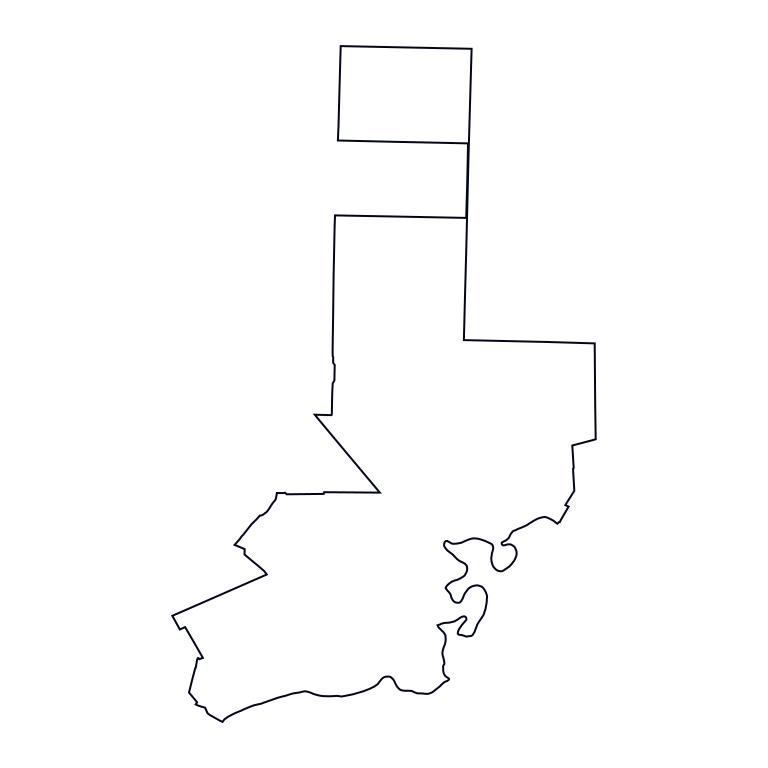 outline of Bucu, Ialomita, Romania
{"feature_id": "2599482B24395794596837", "entity_name": "Bucu", "entity_type": "district", "adm_level": 2, "iso_a3": "ROU", "parent_name": "Romania", "parent_adm1": "Ialomita", "projection": "robinson", "projection_center": [27.493, 44.63], "detail": "fine", "context": "isolated", "style": "outline", "palette": "ink", "viewbox_px": 768, "rotation_deg": 0, "n_neighbors": 0, "source": "geoboundaries", "source_scale": "gbopen_adm2", "svg_char_len": 6123}
<svg xmlns="http://www.w3.org/2000/svg" viewBox="0 0 768 768"><path d="M195.2,668.2L192.1,680.1L189.0,692.5L197.1,702.3L195.7,704.4L198.2,705.6L201.2,706.6L205.1,707.7L207.6,713.3L209.7,714.9L211.6,716.0L220.0,720.7L222.5,721.9L223.8,720.2L224.2,719.7L224.9,719.0L228.0,716.8L230.1,715.7L232.3,714.5L235.6,712.9L240.8,710.8L244.3,709.2L248.5,707.4L251.4,706.2L254.7,705.1L261.5,703.6L263.7,702.7L277.6,697.8L282.4,696.5L286.2,695.6L289.0,694.6L293.2,693.4L299.9,692.4L302.3,691.7L304.6,691.3L306.7,691.5L309.9,692.4L313.9,694.1L318.6,695.4L321.9,696.0L326.0,696.2L329.4,696.3L337.2,695.9L340.9,696.4L341.8,696.5L353.1,694.3L363.5,691.2L369.3,689.0L374.4,686.5L377.7,684.1L381.2,679.6L382.7,678.0L384.3,677.1L385.9,676.7L388.5,676.6L389.3,676.6L390.3,676.9L391.2,677.5L392.3,678.5L393.3,679.5L394.3,681.1L395.3,683.4L396.4,685.5L397.1,686.6L398.6,688.4L400.0,689.6L401.3,690.2L403.2,690.6L405.5,690.8L407.9,690.7L412.0,691.0L413.5,691.9L415.2,692.6L417.1,693.3L418.7,693.4L420.4,693.4L422.9,693.5L425.5,693.8L427.7,693.9L430.0,693.3L432.3,692.3L435.4,689.9L439.8,686.4L442.5,683.7L444.3,682.2L445.4,681.6L447.1,681.0L448.1,680.3L448.9,679.6L449.1,678.9L449.0,678.7L448.4,678.1L447.4,677.6L445.2,675.9L444.0,673.9L443.4,672.0L443.2,670.6L443.2,669.7L443.2,668.1L443.1,667.0L443.1,666.2L443.5,665.4L444.2,664.3L444.4,663.4L444.2,661.7L444.0,660.7L443.8,659.6L443.4,657.7L442.8,655.8L442.4,653.7L442.5,651.9L443.2,648.9L443.8,647.0L444.5,645.5L445.1,643.7L445.6,641.0L445.6,639.5L445.7,638.4L445.5,637.2L445.5,635.9L445.2,635.0L444.7,634.0L444.2,633.2L443.5,632.2L442.3,631.1L441.3,630.1L438.6,627.5L438.0,626.3L437.5,625.3L440.1,624.4L441.2,623.8L443.3,623.2L445.0,622.9L446.9,622.8L449.2,622.6L451.0,622.3L452.8,621.8L454.1,621.5L455.1,621.0L456.2,620.4L457.1,619.9L458.4,619.0L459.3,618.3L460.1,617.8L460.9,617.3L461.9,616.8L463.1,616.5L464.1,616.3L464.9,616.5L465.6,617.2L466.1,617.5L466.3,618.3L466.4,619.1L466.3,619.8L465.7,620.6L463.8,622.7L462.8,623.9L461.8,625.1L461.0,626.3L460.1,627.6L459.3,628.8L458.3,630.7L457.9,632.3L457.8,633.7L458.5,634.5L459.6,634.8L461.5,635.0L463.2,635.5L464.6,636.0L466.3,636.6L469.0,636.2L471.3,635.9L472.7,635.0L473.4,633.7L474.4,632.2L475.3,629.7L476.0,628.0L476.6,626.5L477.3,624.5L478.4,622.7L479.3,621.2L481.0,618.8L482.7,616.2L484.0,614.0L484.4,612.3L485.5,609.0L486.1,605.5L486.5,603.6L486.8,601.0L486.8,599.2L487.1,596.6L486.8,595.2L486.5,594.1L485.8,592.2L485.0,590.7L484.7,590.1L483.8,588.8L483.2,588.0L482.1,587.0L480.8,586.3L479.3,585.8L477.8,585.4L476.4,585.4L474.9,585.6L473.5,585.9L472.3,586.3L471.0,586.9L469.7,587.7L468.2,588.9L467.2,590.2L466.1,591.7L465.0,593.2L464.2,594.7L462.6,598.7L461.4,600.8L460.4,602.0L459.6,602.6L457.9,602.8L456.2,602.6L454.7,602.0L453.5,601.1L452.4,599.6L451.5,597.9L451.1,596.5L450.6,594.5L449.3,592.6L447.9,591.1L446.8,589.7L445.6,587.9L446.5,586.3L447.6,585.0L448.2,584.4L449.2,583.5L450.4,582.7L451.5,581.8L453.9,580.8L455.3,580.4L457.3,579.8L458.8,579.1L460.3,578.4L462.1,577.3L463.1,576.7L464.4,575.7L465.3,574.4L466.2,572.8L466.8,571.5L467.1,570.0L467.2,568.5L467.0,567.1L466.7,565.8L465.9,564.9L464.8,563.6L462.6,562.4L460.7,561.6L458.0,559.9L456.2,558.2L454.4,556.3L452.7,554.5L448.3,551.2L447.0,550.1L446.1,549.0L444.8,547.2L444.0,545.5L444.2,543.9L444.6,542.2L446.0,541.0L447.3,541.0L448.7,541.8L450.5,542.8L452.1,543.7L454.0,543.8L455.6,543.7L457.7,543.5L459.5,543.1L461.5,542.7L462.7,542.1L466.3,540.5L468.2,539.7L469.8,539.2L471.2,538.7L473.6,538.4L475.0,538.4L476.4,538.5L477.9,538.7L479.5,539.1L481.2,539.6L482.9,540.2L485.0,540.9L487.5,542.1L490.2,543.3L491.3,543.9L492.2,544.6L492.9,546.2L493.2,547.6L493.1,549.0L492.7,550.8L491.9,553.3L491.7,555.6L491.3,557.4L491.3,558.9L491.5,561.4L492.2,563.8L493.0,566.2L494.2,567.7L495.2,568.8L496.5,570.0L498.2,570.8L499.9,571.2L501.3,571.3L502.2,571.1L502.9,570.8L503.9,570.3L504.8,569.6L505.6,569.0L506.9,568.2L508.1,567.3L509.4,566.5L510.4,565.3L512.1,563.5L513.1,562.0L514.1,560.8L514.6,559.8L515.4,558.2L515.9,557.0L516.4,555.4L516.6,554.1L516.6,552.7L516.5,551.6L516.3,550.6L515.8,549.6L515.3,548.4L514.7,547.2L513.6,546.1L512.5,545.4L511.0,544.5L509.4,544.3L508.3,544.3L507.2,544.5L506.0,544.9L505.0,545.2L503.6,545.4L502.5,545.1L501.9,544.3L501.7,542.9L502.0,542.4L502.8,542.0L504.0,541.3L506.0,540.4L507.8,538.9L509.0,537.6L509.6,536.4L510.3,534.8L511.4,533.1L512.5,531.7L513.1,531.1L514.0,530.7L515.4,530.3L517.8,529.0L520.4,528.0L522.4,527.2L525.4,525.9L527.6,524.7L529.5,523.3L532.0,521.9L533.3,521.0L534.7,520.2L535.9,519.6L537.0,519.0L538.5,518.4L540.0,517.9L541.5,517.5L542.9,517.2L544.9,517.0L546.4,517.3L547.9,517.9L549.5,518.6L551.1,519.4L552.7,520.3L554.3,521.3L555.9,522.7L557.4,523.7L558.9,522.2L559.8,522.1L561.0,519.7L568.6,506.6L565.4,505.1L566.2,503.7L574.2,491.0L574.3,490.3L573.2,471.9L573.1,468.7L573.7,468.0L572.3,445.5L594.3,439.7L595.7,439.2L595.2,405.4L594.7,343.4L548.0,342.0L463.9,340.1L463.9,339.4L464.9,299.8L466.3,248.4L468.5,156.9L471.6,48.8L428.3,47.9L340.7,46.1L339.4,92.3L338.5,126.3L337.9,140.5L398.2,141.9L422.7,142.4L455.4,143.1L468.0,143.4L467.8,156.4L467.1,187.4L466.2,217.9L335.5,215.4L335.0,215.4L334.6,227.6L333.6,276.1L333.2,310.7L332.6,350.9L332.7,356.2L333.1,356.8L333.2,357.3L333.1,362.3L333.5,363.3L334.7,365.0L334.4,380.3L334.3,380.6L333.0,382.8L332.7,383.6L332.3,391.4L332.1,399.2L331.9,410.2L331.8,414.4L331.7,414.8L331.5,415.1L330.0,415.1L314.8,414.7L318.3,419.0L328.0,430.7L341.2,446.5L379.8,492.6L377.1,492.6L324.2,492.2L323.8,492.9L323.7,493.9L305.1,494.1L286.7,494.3L286.2,493.8L285.0,492.8L282.9,493.1L276.9,493.0L276.8,493.6L276.5,495.6L275.9,498.5L275.2,500.1L272.5,503.4L271.0,505.6L268.8,509.2L267.1,511.4L266.2,512.4L265.4,512.9L263.4,514.4L262.8,514.8L261.8,515.3L261.2,515.5L260.6,515.6L260.1,515.5L259.8,515.6L259.5,516.0L259.1,516.5L256.6,519.3L251.6,524.1L243.3,534.7L242.1,535.8L239.4,539.5L234.6,544.9L244.7,549.1L244.5,553.9L244.5,554.2L244.6,554.6L253.6,562.1L258.2,565.9L264.1,571.0L266.8,574.5L192.3,607.1L172.3,615.8L179.9,629.5L185.1,627.1L194.9,643.9L202.9,657.9L199.3,659.2L198.6,658.2L198.0,658.0L197.5,658.6L197.0,660.4L195.7,667.9L195.2,668.2Z" fill="none" stroke="#020617" stroke-width="2"/></svg>